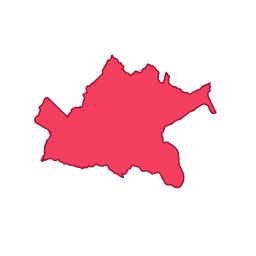 the district of Costa Rica, Mato Grosso do Sul, Brazil, rotated 69°
{"feature_id": "56859067B26406840873489", "entity_name": "Costa Rica", "entity_type": "district", "adm_level": 2, "iso_a3": "BRA", "parent_name": "Brazil", "parent_adm1": "Mato Grosso do Sul", "projection": "albers", "projection_center": [-53.227, -18.497], "detail": "fine", "context": "isolated", "style": "filled", "palette": "rose", "viewbox_px": 256, "rotation_deg": 69, "n_neighbors": 0, "source": "geoboundaries", "source_scale": "gbopen_adm2", "svg_char_len": 5775}
<svg xmlns="http://www.w3.org/2000/svg" viewBox="0 0 256 256"><g transform="rotate(69 128 128)"><path d="M54.5,116.7L54.6,117.5L55.8,118.2L56.7,118.5L57.6,119.5L58.0,120.3L57.9,121.5L57.6,122.7L58.0,123.2L59.1,123.7L64.2,130.0L64.8,130.5L65.3,131.1L65.9,131.5L67.2,131.7L68.4,132.5L71.5,139.4L71.5,140.0L71.9,140.9L72.5,141.7L72.7,142.4L73.5,143.3L73.2,143.8L73.2,144.6L73.7,146.1L73.8,146.8L74.2,147.4L75.0,147.8L75.0,148.6L74.2,151.1L76.0,152.9L78.6,153.3L80.0,153.2L80.7,157.8L81.4,158.0L82.9,157.7L83.5,157.7L84.4,157.8L85.2,158.4L87.2,160.3L88.0,160.6L88.5,160.8L89.0,161.3L89.6,161.5L90.8,162.3L91.4,162.8L91.3,164.7L91.9,165.5L91.2,165.8L90.9,166.5L91.2,167.5L90.4,168.8L89.8,170.6L89.9,171.2L90.6,173.4L90.6,174.0L91.0,174.4L92.6,175.3L93.1,175.9L93.1,176.8L93.4,177.6L94.3,178.3L94.5,179.0L95.3,179.8L96.1,180.5L70.7,192.3L70.5,194.6L71.1,195.2L72.0,196.5L73.2,197.2L74.4,198.3L75.2,199.3L76.0,201.1L76.3,202.5L76.6,203.2L77.1,203.6L77.8,203.6L79.4,203.3L80.0,203.4L80.5,203.8L81.5,205.1L81.9,205.4L82.9,205.7L83.3,206.1L83.9,207.0L84.5,209.5L85.5,210.9L86.3,211.8L87.1,212.2L87.9,212.3L88.9,212.2L89.7,212.3L95.6,207.5L96.3,207.2L96.7,206.8L97.3,206.2L97.8,205.9L99.0,204.8L99.7,203.8L101.6,202.8L102.7,202.8L103.4,202.2L104.0,201.9L104.5,203.2L106.0,202.5L106.8,202.6L107.5,203.2L108.2,203.7L109.4,205.1L109.8,205.8L110.2,207.3L110.6,208.0L111.5,209.1L111.8,208.4L112.3,208.9L112.8,209.1L113.9,211.1L114.7,211.3L115.3,212.3L116.0,212.5L116.6,212.8L117.4,213.1L118.0,213.2L118.6,213.9L119.3,213.8L119.9,214.4L120.7,214.8L121.5,214.8L121.8,214.4L122.3,215.0L122.9,215.2L123.4,215.9L123.6,216.9L124.0,217.3L124.8,217.8L125.5,217.7L126.1,217.9L126.8,217.8L126.5,219.0L125.8,219.2L126.5,219.8L127.2,219.9L127.1,220.5L127.8,220.4L128.2,220.0L128.3,212.3L128.7,211.7L129.1,210.2L130.2,209.4L131.7,208.5L132.2,207.5L132.5,204.2L133.3,203.9L134.1,204.0L134.9,203.7L135.3,202.6L137.9,200.8L138.6,200.5L138.8,199.3L139.8,197.1L140.8,196.7L141.4,196.2L141.9,194.9L143.5,192.7L143.8,192.0L144.3,191.4L144.7,191.0L145.1,190.3L145.7,189.8L146.2,189.0L146.8,188.7L147.2,187.1L148.2,186.2L148.8,185.9L149.2,185.3L149.8,184.8L149.4,184.2L148.8,183.8L148.9,183.3L149.2,182.7L149.7,182.4L149.8,181.7L150.0,181.2L150.2,180.6L149.4,179.0L149.4,178.5L150.0,178.3L150.3,177.7L150.4,177.1L150.8,176.5L151.4,174.5L151.3,173.8L150.8,173.2L150.5,172.2L150.4,170.6L151.3,169.8L151.6,169.3L153.0,168.0L154.0,166.3L154.3,165.4L154.7,161.7L155.1,160.9L157.0,160.4L157.9,160.3L158.7,160.4L159.4,160.3L159.9,160.1L163.2,157.6L164.5,156.8L165.3,156.8L166.6,154.9L167.3,154.2L169.8,152.7L171.4,151.5L171.8,151.0L172.2,150.1L171.3,149.8L169.4,150.2L168.8,149.8L169.9,147.3L169.2,145.9L168.6,144.8L167.3,144.0L166.7,143.1L166.6,141.4L166.4,140.4L165.7,139.4L165.0,138.7L164.4,138.0L164.9,136.3L166.2,134.9L167.9,132.3L168.4,131.8L169.3,131.5L170.6,131.2L172.5,130.6L173.2,130.3L173.7,129.5L174.3,126.8L174.8,125.8L176.2,124.2L177.1,123.5L179.3,122.2L179.7,121.3L179.8,120.3L179.8,118.7L179.8,117.8L180.4,115.3L181.1,114.7L182.6,114.3L184.8,113.9L187.1,114.2L189.1,113.4L192.8,113.1L193.7,112.8L194.3,112.5L195.0,111.7L196.2,108.5L196.5,107.9L196.9,107.5L199.4,106.0L199.8,105.6L200.8,104.3L201.4,102.8L201.5,101.9L201.4,100.4L201.3,99.9L200.4,98.6L198.4,96.3L196.3,94.7L195.3,94.2L193.1,93.4L191.5,93.0L189.1,92.8L186.5,93.1L183.9,93.1L180.7,93.6L175.6,91.9L173.6,91.1L170.9,90.6L169.8,90.1L167.5,90.1L166.4,90.1L164.4,90.6L161.9,91.7L161.0,92.2L158.7,93.8L157.3,95.0L155.6,95.8L155.2,96.7L154.8,98.6L154.4,99.5L153.9,100.2L153.0,100.5L152.4,100.2L151.8,99.8L150.2,99.1L148.8,99.1L148.0,99.0L146.5,99.1L145.5,98.8L144.7,97.5L143.3,95.8L140.3,93.3L140.1,92.8L139.8,91.3L139.6,89.2L139.7,87.8L139.9,86.6L139.9,85.6L138.9,83.2L138.6,82.3L138.4,80.9L138.2,78.5L138.3,77.7L138.5,76.4L138.4,75.6L136.9,71.0L136.1,68.0L134.9,64.5L134.8,63.6L135.1,61.7L135.1,60.3L134.4,58.6L133.7,56.5L133.6,55.4L132.9,52.2L132.5,49.8L132.6,48.9L133.2,47.6L133.8,46.8L134.9,45.9L136.0,45.2L137.0,45.0L137.5,45.0L138.5,45.2L139.8,45.2L142.2,44.8L143.5,44.4L144.1,44.1L144.6,43.7L145.0,42.6L145.3,41.1L145.2,40.5L126.8,41.9L125.7,41.4L124.0,41.0L123.2,39.7L123.1,38.7L122.4,37.9L121.6,38.1L120.0,37.3L119.2,36.6L116.7,36.2L116.2,36.0L115.6,35.5L115.8,43.6L116.1,44.3L117.6,46.4L117.7,47.2L117.5,48.4L117.5,49.2L117.7,49.8L117.8,51.9L118.1,53.2L118.0,54.8L118.3,55.5L118.7,57.3L118.6,58.1L118.1,58.9L117.6,59.5L116.5,59.9L116.1,60.4L115.8,61.1L115.0,62.7L114.6,63.3L114.0,63.8L113.2,64.4L112.7,64.6L110.8,65.0L110.3,65.5L110.0,66.3L109.5,66.9L108.9,67.0L108.0,68.3L107.4,68.4L106.7,68.7L106.5,69.3L105.6,71.0L105.1,71.5L104.2,72.2L103.4,72.6L101.7,73.6L101.0,73.7L99.4,73.6L98.0,72.9L97.4,72.9L96.8,72.5L96.1,71.8L95.3,71.3L94.8,71.0L94.2,70.9L93.6,71.3L93.0,71.9L91.4,71.8L90.8,72.1L90.1,72.6L90.8,73.4L91.6,73.6L93.0,74.9L94.2,75.6L94.8,76.1L95.5,76.3L96.2,76.7L97.0,77.7L97.8,78.3L98.6,78.6L98.9,79.2L96.4,82.0L95.7,82.4L94.9,82.0L94.5,82.3L93.4,82.4L92.6,82.3L91.8,82.0L91.0,81.2L90.0,81.1L89.3,80.8L88.1,79.6L87.2,79.4L86.3,79.5L84.6,80.4L83.9,80.6L83.4,80.8L82.7,81.0L81.1,81.4L80.5,81.8L79.6,82.1L79.2,82.5L78.8,82.8L78.6,83.3L78.6,83.9L78.1,84.3L77.2,84.9L76.6,85.1L76.0,86.0L75.5,86.8L76.0,87.2L77.2,88.6L77.5,89.1L77.6,89.7L78.2,90.9L78.4,91.6L78.1,92.2L78.3,92.8L79.3,94.3L80.8,95.8L80.9,96.5L80.6,97.2L77.7,100.3L77.7,101.0L78.1,101.9L78.6,102.6L78.9,103.1L78.9,104.0L79.4,104.8L80.0,106.6L79.0,107.2L78.4,107.7L77.1,108.0L76.7,108.6L76.1,109.7L74.3,110.6L73.2,111.3L72.4,111.3L71.5,111.6L70.9,112.5L70.7,111.8L70.2,110.8L69.8,110.4L68.7,110.0L68.0,110.4L67.4,111.0L66.9,111.3L65.6,111.2L64.7,111.2L64.2,112.7L63.8,113.0L62.9,113.2L60.6,113.4L59.9,113.7L59.5,114.3L58.5,115.2L58.3,116.0L57.8,116.1L57.1,116.2L56.7,116.6L56.1,116.4L55.5,116.7L54.5,116.7Z" fill="#f43f5e" stroke="#9f1239" stroke-width="1.5"/></g></svg>